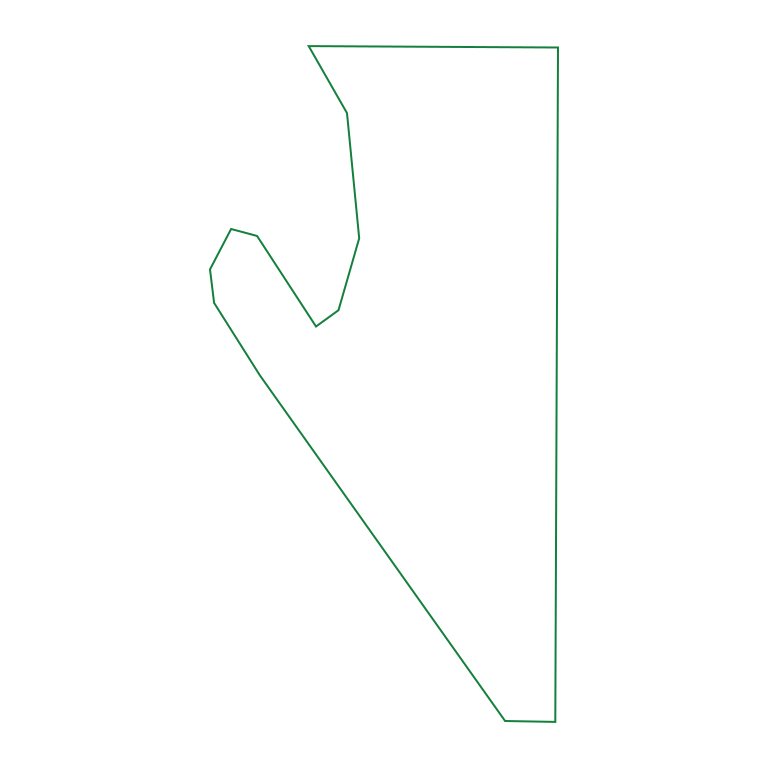 Pointe Noire, Equal Earth projection
{"feature_id": "COG-5855", "entity_name": "Pointe Noire", "entity_type": "Region", "adm_level": 1, "iso_a3": "COG", "parent_name": "Republic of the Congo", "parent_adm1": "", "projection": "equal_earth", "projection_center": [11.852, -4.798], "detail": "fine", "context": "isolated", "style": "outline", "palette": "green", "viewbox_px": 768, "rotation_deg": 0, "n_neighbors": 0, "source": "natural_earth", "source_scale": "10m", "svg_char_len": 293}
<svg xmlns="http://www.w3.org/2000/svg" viewBox="0 0 768 768"><path d="M505.1,721.0L259.9,375.4L214.1,302.9L210.0,269.4L231.1,229.0L257.1,236.0L316.0,326.5L338.5,310.2L359.2,238.3L347.0,113.1L308.7,46.1L558.0,47.5L555.3,721.9L505.1,721.0Z" fill="none" stroke="#15803d" stroke-width="2"/></svg>